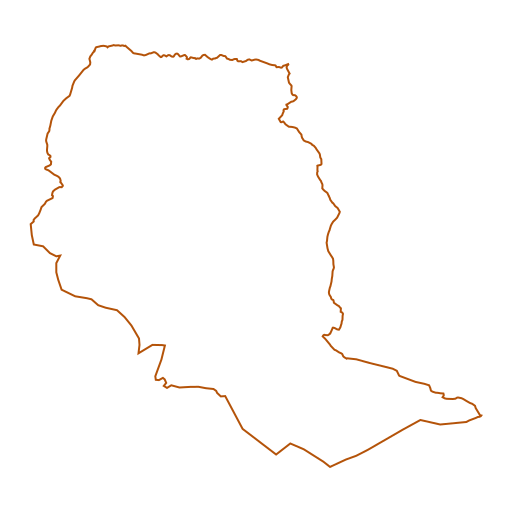 the district of Breznita-Ocol, Mehedinti, Romania
{"feature_id": "2599482B17727183670261", "entity_name": "Breznita-Ocol", "entity_type": "district", "adm_level": 2, "iso_a3": "ROU", "parent_name": "Romania", "parent_adm1": "Mehedinti", "projection": "orthographic", "projection_center": [22.598, 44.702], "detail": "fine", "context": "isolated", "style": "outline", "palette": "amber", "viewbox_px": 512, "rotation_deg": 0, "n_neighbors": 0, "source": "geoboundaries", "source_scale": "gbopen_adm2", "svg_char_len": 5850}
<svg xmlns="http://www.w3.org/2000/svg" viewBox="0 0 512 512"><path d="M30.7,224.1L31.8,235.1L33.8,244.5L43.1,246.3L49.9,253.1L56.3,256.3L60.2,255.6L56.3,263.1L56.3,272.3L58.2,279.7L61.6,289.7L75.2,296.3L86.9,298.2L91.5,299.3L98.2,305.2L105.6,307.7L117.0,310.2L124.6,317.1L131.4,325.5L139.0,338.5L139.5,344.9L138.5,353.3L152.4,344.9L162.2,345.1L164.9,345.5L161.4,359.6L155.3,376.3L155.8,379.8L158.9,380.1L162.9,377.9L164.7,379.4L166.2,382.9L163.8,385.9L167.0,387.9L171.3,385.3L179.5,387.5L189.9,386.9L198.5,386.8L205.9,388.2L213.5,389.0L216.2,390.9L217.1,392.9L220.8,396.4L225.2,396.1L242.6,428.9L276.1,454.5L290.3,443.5L303.8,449.3L323.4,461.7L330.0,466.9L346.0,459.5L356.2,455.8L367.9,449.8L402.5,429.8L420.4,420.0L440.2,424.5L466.3,422.0L469.3,420.4L475.7,418.0L477.8,417.0L479.4,416.8L480.6,416.3L481.1,415.8L481.3,415.5L480.0,415.2L475.7,408.1L475.0,405.8L472.2,403.8L470.0,403.0L466.5,401.0L463.4,399.1L461.5,398.2L458.1,397.5L457.2,397.6L455.4,398.7L452.8,399.0L446.7,398.8L444.8,398.4L442.6,397.2L443.4,396.0L443.8,395.1L443.4,393.5L440.6,393.3L437.7,392.8L435.7,392.7L432.9,391.8L431.5,391.1L430.9,390.5L430.3,388.1L429.1,385.3L424.3,383.8L415.5,381.9L399.8,376.0L399.1,375.6L396.8,370.8L392.7,368.7L369.6,363.0L356.3,359.3L347.1,358.3L346.8,358.3L346.6,358.6L344.5,357.4L343.3,356.4L342.2,354.0L341.2,353.3L339.1,352.4L335.9,350.3L334.5,349.8L330.7,345.8L330.0,344.6L325.2,338.8L322.7,336.4L323.2,335.5L324.0,334.9L324.5,334.8L325.5,335.1L327.9,335.2L329.2,334.4L329.8,333.6L330.2,333.6L332.5,328.4L332.7,327.8L333.0,327.6L334.6,328.0L337.2,329.4L338.9,329.7L339.5,328.8L340.4,327.2L341.0,325.1L341.5,323.7L341.8,321.4L342.4,320.0L342.5,319.2L342.6,315.8L343.0,313.9L342.3,312.6L340.7,311.8L340.9,308.3L340.2,307.7L338.7,305.9L337.7,305.5L334.1,302.9L333.9,302.7L333.7,301.4L333.4,300.2L333.2,300.0L332.0,299.5L331.5,299.0L331.2,298.4L330.8,296.9L329.6,295.1L329.1,293.9L328.9,292.2L329.2,290.5L329.9,287.5L330.4,286.3L331.5,281.6L331.8,278.8L332.3,276.0L332.6,271.4L333.0,270.0L333.4,269.3L333.9,267.7L333.9,267.1L333.4,264.2L333.3,260.8L333.0,258.7L332.0,257.0L330.9,255.4L328.3,251.2L327.5,248.3L326.6,242.7L327.0,240.9L327.4,236.8L328.0,234.3L328.9,231.6L329.6,230.1L329.8,229.2L330.9,225.6L331.7,224.0L333.2,221.6L335.3,219.6L337.1,217.7L339.4,213.1L339.8,211.8L337.6,208.0L335.2,206.1L333.4,203.5L332.8,202.9L332.5,202.9L330.3,199.8L329.6,197.6L328.8,196.2L328.8,195.7L328.4,195.2L327.9,194.2L327.6,193.3L326.7,192.4L324.6,190.9L323.1,189.4L322.3,188.4L322.5,185.0L322.1,183.6L321.4,182.4L321.1,181.2L320.1,179.9L318.0,176.5L317.1,174.4L317.2,172.3L317.7,171.2L317.4,170.4L317.5,166.8L317.3,165.8L317.5,165.6L320.2,165.0L321.2,164.5L321.5,163.9L321.3,159.2L320.3,157.5L319.9,154.7L319.5,153.5L316.5,149.3L315.7,147.9L313.9,145.8L312.1,144.8L311.5,143.9L310.6,143.4L308.1,142.1L305.7,141.5L303.7,140.4L302.9,139.0L302.3,138.2L301.7,136.6L301.4,134.6L299.1,132.0L296.9,128.5L295.2,127.7L293.8,127.3L291.7,126.9L288.8,126.7L285.5,124.3L284.1,122.4L283.1,121.5L281.6,122.2L280.7,122.1L278.8,118.8L282.2,115.2L282.7,113.6L283.7,111.4L283.7,110.7L283.5,110.3L283.8,109.6L284.0,109.3L284.7,109.1L287.1,108.8L287.5,108.2L287.8,107.0L286.4,105.0L286.4,104.6L287.5,104.2L291.3,101.7L292.7,101.5L293.7,101.0L295.8,99.3L296.5,98.4L296.8,97.7L296.8,97.3L296.6,96.7L295.8,95.8L294.9,95.2L293.1,95.1L292.4,94.5L291.7,93.2L291.3,90.0L291.6,86.1L291.4,85.5L290.1,84.1L289.0,82.7L287.8,77.2L288.9,74.4L289.6,73.6L286.9,68.6L286.6,67.4L287.0,65.9L288.3,64.6L288.1,64.1L285.2,65.3L283.3,65.8L281.9,67.5L281.1,67.7L278.9,67.0L276.6,67.2L276.3,66.9L276.0,66.2L275.5,65.5L275.0,65.3L272.1,65.0L269.4,64.3L267.3,63.4L259.3,60.5L258.8,60.0L256.2,59.5L254.9,59.6L251.7,60.5L249.3,59.4L247.6,59.8L246.0,61.0L242.5,62.1L241.0,61.2L238.2,61.3L237.3,60.6L237.1,59.7L236.8,59.0L234.8,59.0L233.7,59.3L232.3,60.0L230.0,59.8L228.5,59.0L227.0,58.6L225.6,56.5L225.1,56.1L223.7,56.0L221.3,55.0L220.1,55.0L217.0,57.8L215.8,58.1L215.4,58.4L213.1,58.7L212.2,59.5L211.5,59.5L209.8,58.6L207.6,57.1L205.0,54.8L203.5,55.0L202.4,55.6L200.7,57.8L199.2,58.6L197.1,58.4L196.4,58.9L195.9,58.9L194.9,58.0L194.3,58.2L190.8,57.3L190.3,57.6L189.7,58.5L189.1,59.0L187.8,59.3L186.6,58.7L186.9,57.6L186.8,56.9L185.1,55.1L184.4,55.0L181.3,56.3L180.3,56.5L179.9,56.4L178.0,54.1L177.1,53.6L176.1,53.7L175.2,54.3L174.8,54.7L173.8,56.3L173.4,56.7L172.2,56.7L170.8,56.0L169.8,55.2L168.4,55.1L167.6,55.5L166.4,56.4L164.7,55.4L163.7,55.2L162.7,55.7L161.5,57.0L160.7,57.1L158.4,55.1L157.8,54.3L155.5,52.6L154.6,52.3L153.8,52.2L150.7,53.4L149.9,53.3L149.1,53.5L145.8,55.0L144.0,55.4L141.9,54.7L135.2,53.5L134.2,53.4L133.2,53.0L132.6,52.4L131.4,51.0L126.5,46.8L125.4,45.7L124.2,46.0L123.2,45.5L122.0,45.4L120.6,45.8L118.6,45.3L115.3,45.5L113.6,45.1L112.6,45.5L108.6,46.4L107.5,47.3L107.0,46.6L106.5,46.4L104.7,46.0L103.3,45.8L100.7,46.1L99.4,46.5L96.2,47.2L95.4,48.3L94.9,50.1L94.2,50.6L94.4,51.4L93.1,52.4L91.6,54.8L90.3,56.4L89.4,58.8L90.3,62.3L90.1,64.3L89.8,64.8L87.9,66.9L86.8,67.7L85.3,68.5L83.6,69.8L78.9,75.7L74.8,80.4L74.2,81.5L72.5,85.7L72.1,87.9L70.1,94.6L69.5,95.9L66.2,98.3L63.4,100.9L60.0,105.5L58.5,107.0L56.6,109.5L56.0,110.5L54.9,112.9L52.8,116.4L51.3,120.7L50.3,125.7L49.4,128.9L49.5,129.5L49.3,130.9L49.0,131.5L47.6,133.5L46.2,139.4L46.1,140.7L46.3,141.7L47.3,144.8L47.3,146.2L47.0,149.8L47.0,150.9L47.4,152.8L48.3,154.5L49.6,155.2L50.4,155.9L50.5,156.9L49.1,158.2L49.8,159.9L51.2,161.7L50.9,164.4L49.5,165.5L45.7,167.1L45.2,167.7L45.1,168.3L45.4,169.0L46.5,169.6L47.8,170.0L48.9,170.6L54.3,174.7L56.8,175.8L58.5,176.8L59.9,178.3L60.2,179.0L60.7,181.0L60.3,181.9L60.4,182.4L61.1,182.9L62.8,185.4L62.8,185.9L61.7,187.2L59.4,187.1L55.0,189.6L53.0,191.4L52.4,193.0L52.0,195.2L52.8,195.8L52.9,196.6L52.5,198.1L46.9,200.8L46.0,201.7L44.8,203.9L41.5,207.1L40.6,209.8L39.2,213.3L38.1,215.4L34.7,218.5L33.6,220.0L33.7,221.5L30.7,224.1Z" fill="none" stroke="#b45309" stroke-width="2"/></svg>